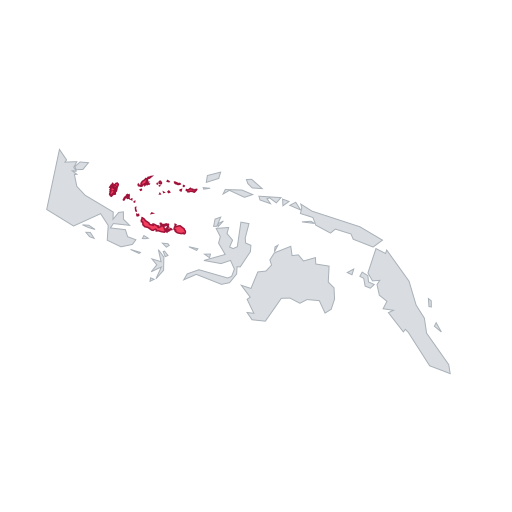 where Maluku sits in Indonesia, rotated 192°
{"feature_id": "IDN-554", "entity_name": "Maluku", "entity_type": "Province", "adm_level": 1, "iso_a3": "IDN", "parent_name": "Indonesia", "parent_adm1": "", "projection": "mercator", "projection_center": [130.68, -5.566], "detail": "fine", "context": "in_parent", "style": "filled", "palette": "rose", "viewbox_px": 512, "rotation_deg": 192, "n_neighbors": 0, "source": "natural_earth", "source_scale": "10m", "svg_char_len": 9888}
<svg xmlns="http://www.w3.org/2000/svg" viewBox="0 0 512 512"><g transform="rotate(192 256 256)"><path d="M176.6,214.5L184.8,225.5L197.0,224.0L203.3,218.9L214.0,221.9L222.4,219.9L233.3,194.2L246.6,192.8L253.0,198.9L246.2,199.5L255.7,211.8L253.1,214.5L264.3,224.3L254.2,223.2L250.9,240.8L243.2,243.3L238.9,250.3L241.6,255.1L238.7,262.9L224.0,272.7L220.8,263.9L214.8,265.9L208.5,261.0L197.5,266.8L195.9,260.6L182.4,261.3L179.9,245.5L173.1,241.1L170.2,230.2L171.4,219.5L176.6,214.5ZM41.6,181.3L63.3,184.7L91.2,213.0L94.6,215.3L96.1,212.4L114.7,228.1L110.2,231.5L120.7,230.8L118.5,238.9L127.2,243.3L131.7,253.2L129.9,257.9L136.9,255.9L143.0,262.7L140.2,288.2L129.8,285.4L129.4,289.0L101.1,263.2L89.2,241.3L78.4,230.2L73.1,216.0L44.9,189.8L41.6,181.3ZM470.4,258.0L470.4,319.4L461.3,310.6L462.4,308.1L450.9,311.0L452.7,304.9L449.5,301.7L450.6,301.2L452.5,301.5L453.6,301.1L448.2,298.7L450.6,298.0L445.7,286.8L435.8,279.9L404.8,269.3L403.5,262.2L399.4,270.1L394.9,271.6L393.3,264.4L386.0,259.7L402.2,258.1L404.3,253.2L389.2,254.6L385.6,248.2L376.9,246.9L379.3,241.6L390.0,236.9L404.8,240.5L406.9,255.2L416.8,265.1L440.7,247.4L470.4,258.0ZM319.6,224.2L309.0,230.7L279.2,228.6L275.6,231.0L274.4,238.7L280.0,246.4L288.6,241.3L306.0,240.8L286.5,251.1L295.3,260.8L294.9,267.5L300.7,274.7L288.7,278.2L289.0,271.9L282.2,266.6L283.7,259.3L279.9,258.5L276.2,261.2L277.8,286.0L269.6,286.2L270.3,271.4L268.8,266.5L263.2,265.4L262.4,259.0L269.2,242.0L272.3,241.6L271.2,234.4L276.3,224.4L283.9,221.1L310.6,225.6L321.7,217.7L319.6,224.2ZM143.3,289.1L164.4,292.6L167.7,297.3L184.0,298.8L187.9,293.9L203.9,298.6L208.3,305.5L221.4,306.8L221.2,312.6L223.0,316.1L210.5,311.5L160.5,306.2L135.6,297.8L143.3,289.1ZM346.3,225.6L355.2,218.8L351.2,226.7L357.2,231.5L347.7,230.7L352.8,241.9L345.9,235.8L343.4,222.8L349.1,212.9L346.3,225.6ZM350.6,260.4L372.9,262.9L375.1,269.7L366.1,264.7L353.6,265.9L350.0,263.1L347.9,266.3L350.6,260.4ZM299.9,314.6L283.5,317.6L272.0,315.4L279.5,311.0L295.6,314.7L301.1,309.8L299.9,314.6ZM252.7,310.2L263.7,311.6L265.6,315.1L243.7,318.3L247.2,312.2L254.8,315.7L257.2,314.4L252.7,310.2ZM319.9,317.7L320.3,324.6L308.0,330.7L308.6,324.1L319.9,317.7ZM143.0,249.2L146.0,256.6L150.2,257.7L148.8,262.3L142.5,260.0L140.5,254.0L134.4,252.7L137.5,248.3L143.0,249.2ZM447.6,311.4L439.3,312.4L443.3,304.7L449.7,303.0L451.8,305.9L447.6,311.4ZM273.9,321.8L279.0,325.1L281.3,328.8L276.2,330.1L264.0,323.2L273.9,321.8ZM338.1,262.5L341.6,267.6L336.5,269.4L330.6,265.6L330.9,262.7L338.1,262.5ZM221.9,310.3L233.5,312.6L228.3,316.8L221.9,310.3ZM240.1,310.7L241.8,317.2L235.0,316.2L240.1,310.7ZM163.3,258.8L157.7,263.6L158.2,257.6L163.3,258.8ZM410.4,284.5L411.7,292.7L409.2,293.0L407.0,287.1L410.4,284.5ZM218.2,298.9L209.4,301.4L205.6,300.0L218.2,298.9ZM303.6,276.2L303.7,283.6L298.6,286.7L300.5,276.9L303.6,276.2ZM58.9,220.2L66.9,224.4L65.9,228.2L58.9,220.2ZM78.5,250.2L75.3,248.6L73.9,242.6L76.3,242.5L78.5,250.2ZM380.0,308.8L378.2,305.8L382.9,300.4L382.8,305.2L380.0,308.8ZM370.9,234.2L380.1,236.3L369.8,235.5L370.9,234.2ZM315.2,249.1L323.6,251.1L314.4,251.0L315.2,249.1ZM299.7,279.8L295.2,283.5L299.1,276.9L299.7,279.8ZM418.0,239.6L422.8,240.3L427.3,243.8L423.0,244.6L418.0,239.6ZM337.5,305.6L334.5,308.3L328.1,308.6L329.8,305.6L337.5,305.6ZM410.1,294.1L408.1,297.9L405.9,297.7L406.1,291.7L410.1,294.1ZM350.2,249.1L344.7,249.7L343.1,248.4L345.5,246.0L350.2,249.1ZM418.9,248.5L425.7,249.0L432.2,250.4L425.9,251.3L418.9,248.5ZM301.1,244.6L306.7,247.1L300.9,248.4L301.1,244.6ZM354.6,212.7L350.8,212.0L354.4,209.2L354.6,212.7ZM314.9,312.7L321.1,310.5L321.9,311.9L314.9,312.7ZM370.8,249.4L369.9,252.7L365.1,251.0L367.5,250.0L370.8,249.4ZM239.3,268.8L236.8,271.1L238.8,264.0L239.3,268.8ZM344.7,236.5L347.7,241.1L346.5,241.8L342.2,238.2L344.7,236.5Z" fill="#d9dde1" stroke="#a8b0b8" stroke-width="1"/><path d="M375.7,267.1L375.3,268.2L375.4,269.8L375.2,269.8L373.3,269.1L371.5,267.6L367.6,266.1L367.2,265.3L366.5,264.8L362.9,264.5L362.9,264.8L363.4,265.8L362.7,266.0L359.0,264.9L357.8,265.0L357.6,264.7L358.0,264.0L357.0,263.6L355.3,264.9L355.1,265.7L353.3,266.0L352.5,265.5L351.3,263.7L350.5,263.5L350.7,262.7L350.3,262.3L349.6,262.9L349.3,264.6L348.6,265.3L348.1,266.9L347.8,266.6L348.1,264.7L347.3,263.3L348.9,262.4L349.8,262.3L349.6,261.9L349.9,261.5L349.4,261.4L349.9,261.1L350.4,260.3L353.6,260.1L356.9,260.4L358.7,259.8L358.8,260.7L359.1,261.2L359.8,261.3L359.8,261.0L360.2,261.1L361.5,260.3L361.9,259.7L363.2,259.6L365.3,260.4L365.8,260.9L366.2,260.8L367.2,261.4L371.2,261.6L372.1,262.5L373.0,262.9L373.8,265.5L375.2,265.7L375.1,266.2L375.7,267.1ZM341.8,265.2L341.7,267.4L341.3,267.9L340.6,267.8L338.5,269.1L336.6,269.8L331.9,267.6L331.4,266.6L330.5,265.9L330.1,265.1L330.0,264.0L330.2,263.3L330.9,262.7L331.9,263.4L332.5,262.8L334.0,262.3L337.9,262.4L338.4,262.8L338.7,262.7L340.3,263.6L340.5,264.2L339.9,264.1L339.9,264.7L340.5,265.1L340.8,264.8L341.8,265.2ZM412.1,291.4L411.6,292.9L410.7,293.4L408.2,292.0L407.6,291.0L407.8,290.4L408.5,290.2L407.9,290.0L408.0,289.6L407.7,289.2L408.6,287.9L408.1,288.0L408.0,287.7L407.4,287.6L406.9,287.2L407.5,286.9L408.3,287.2L409.3,285.5L409.5,285.7L409.8,285.6L409.8,284.5L410.9,284.7L411.6,285.5L411.3,285.6L411.4,285.9L411.0,286.0L411.7,286.2L412.1,286.8L411.6,288.3L412.0,288.4L412.2,288.8L411.6,289.1L411.9,289.6L411.2,289.3L410.7,289.4L411.2,289.4L412.3,290.7L411.5,291.7L412.1,291.4ZM383.9,301.2L382.9,301.7L383.1,302.9L383.6,303.3L383.1,303.9L382.8,305.2L380.6,307.3L379.9,308.9L379.6,308.9L379.8,308.3L379.6,308.2L379.1,308.8L378.0,308.8L378.1,308.1L377.8,307.3L378.4,306.9L378.2,306.7L378.4,306.3L378.0,306.0L378.2,305.8L379.3,306.0L378.6,305.5L379.2,303.9L379.9,303.3L380.2,303.4L380.6,302.6L381.2,302.5L381.5,301.5L382.0,301.4L381.9,300.9L382.2,300.6L383.0,300.4L383.0,300.9L383.5,300.6L383.9,301.2ZM337.7,305.6L337.8,306.5L336.7,306.4L335.3,307.1L334.4,308.5L334.0,308.1L331.8,308.0L331.3,307.7L330.5,307.7L329.3,307.9L328.3,308.8L327.9,308.8L328.3,307.4L328.8,307.0L329.0,306.4L329.7,305.6L331.9,306.1L332.5,305.8L333.1,305.9L334.6,305.0L335.9,304.6L336.1,305.1L336.8,305.6L337.7,305.6ZM409.6,295.3L409.9,295.4L409.7,295.9L409.5,296.1L408.8,296.1L409.1,296.3L407.9,298.0L406.8,298.5L406.4,298.0L405.7,297.7L405.5,297.1L406.1,294.2L407.0,294.7L406.8,294.1L406.3,294.1L406.2,293.8L406.0,291.6L406.3,291.5L407.8,292.7L407.7,293.1L408.1,293.6L409.3,294.1L409.6,294.7L409.6,295.3ZM351.9,266.5L351.9,267.6L351.1,267.4L351.4,268.0L351.0,268.5L349.7,268.9L350.9,267.8L350.7,267.7L348.7,268.9L348.2,268.8L348.0,268.3L348.6,267.5L349.2,267.2L350.3,267.2L351.5,266.4L351.9,266.5ZM365.8,307.1L366.2,308.1L365.4,309.3L364.7,309.1L363.6,307.8L363.7,307.2L364.1,306.8L365.8,307.1ZM397.4,283.4L396.7,286.1L395.4,287.3L395.3,288.6L394.2,289.9L395.0,287.8L395.0,287.0L395.3,286.5L395.7,286.6L396.7,283.4L397.0,283.2L397.4,283.4ZM393.8,287.9L393.6,289.2L393.2,289.4L393.0,288.9L392.8,289.2L392.5,288.4L392.7,287.6L392.1,286.1L392.5,286.3L392.8,286.1L392.8,286.6L393.2,286.7L393.8,287.9ZM408.4,292.3L409.0,292.5L408.2,293.0L406.9,291.7L406.6,291.7L406.8,291.1L406.4,291.4L406.2,290.2L406.5,289.9L406.5,290.3L407.1,290.1L407.3,290.6L407.6,290.5L407.2,291.1L408.4,292.3ZM349.6,310.0L350.0,310.3L349.0,311.2L347.3,310.7L346.6,309.9L347.2,309.7L349.0,310.1L349.6,310.0ZM410.7,293.9L410.2,294.3L410.1,294.9L409.4,293.9L409.0,293.9L408.3,293.3L409.2,292.6L410.7,293.9ZM377.7,310.2L378.6,310.0L377.5,310.7L375.9,311.2L375.8,311.7L374.7,312.1L375.6,311.0L376.1,310.8L376.2,310.0L376.7,310.1L377.3,309.6L377.7,310.2ZM386.1,301.1L386.0,301.7L385.1,300.9L383.8,300.7L384.0,300.4L385.5,300.3L386.1,301.1ZM355.1,300.6L355.2,300.9L354.8,301.4L353.7,300.5L354.6,299.9L355.3,300.4L355.1,300.6ZM353.7,266.7L354.1,267.2L352.5,267.7L352.8,266.6L353.7,266.7ZM343.8,304.3L343.9,304.9L342.8,305.5L342.9,304.1L343.8,304.3ZM355.5,266.6L355.6,267.4L355.1,267.0L354.8,267.5L354.0,266.3L355.1,266.7L355.3,266.4L355.5,266.6ZM358.4,310.7L358.2,311.3L357.7,311.0L357.1,311.1L356.6,310.7L357.1,310.5L358.4,310.7ZM378.5,303.1L377.7,304.1L377.4,304.1L377.6,303.8L376.8,303.8L377.1,303.2L378.5,303.1ZM411.7,295.4L411.9,295.8L411.3,297.2L410.9,296.9L410.9,296.6L411.7,295.4ZM346.7,263.2L346.9,263.7L346.7,264.0L345.8,264.0L345.4,263.8L346.0,263.1L346.7,263.2ZM350.8,310.7L351.0,311.4L350.5,311.5L349.6,311.2L349.8,310.8L350.8,310.7ZM341.6,269.4L341.7,270.2L340.8,270.0L341.0,269.3L341.6,269.4ZM412.9,292.6L413.4,292.8L412.8,294.3L412.5,293.7L412.9,292.6ZM348.1,260.9L348.7,261.1L348.3,261.8L347.2,261.9L348.1,261.2L348.1,260.9ZM344.7,264.1L345.4,265.0L344.3,264.8L343.9,264.4L344.7,264.1ZM346.4,310.3L346.6,310.8L345.7,311.1L345.1,310.7L345.8,310.2L346.4,310.3ZM411.4,294.2L411.9,295.0L411.4,295.2L410.9,294.5L411.4,294.2ZM376.9,305.5L378.2,305.2L377.8,305.9L376.6,305.9L376.9,305.5ZM393.9,285.7L393.9,286.8L393.4,286.9L393.3,286.2L393.6,285.4L393.6,285.7L393.9,285.7ZM341.4,309.0L341.5,309.8L340.8,309.7L340.9,309.1L341.4,309.0ZM376.8,304.2L376.8,304.5L375.4,304.3L375.6,303.9L376.8,304.2ZM380.8,270.7L381.1,271.7L380.7,271.5L380.4,270.7L380.8,270.7ZM382.5,296.3L382.8,296.6L382.2,296.8L382.5,297.1L382.1,297.4L381.9,297.2L381.9,296.8L382.5,296.3ZM407.0,287.6L407.1,288.1L406.7,288.3L406.6,287.7L407.0,287.6ZM356.3,267.7L356.4,268.0L355.9,268.2L355.8,267.9L356.3,267.7ZM379.5,271.7L380.6,272.5L379.7,272.1L379.5,271.7ZM382.6,275.1L382.8,275.1L383.3,276.0L383.1,276.1L382.6,275.1ZM379.4,302.1L379.5,302.8L378.9,302.7L379.4,302.1ZM386.2,283.5L386.4,283.6L386.0,284.1L385.9,283.7L386.2,283.5ZM389.3,285.3L389.9,285.5L389.4,285.9L389.3,285.3ZM366.2,276.3L367.1,275.9L366.9,276.4L366.2,276.3ZM363.0,297.1L362.7,296.8L363.1,296.7L363.0,297.1ZM378.9,270.9L379.3,271.2L379.2,271.5L378.9,270.9ZM383.8,277.6L384.0,278.0L383.8,278.3L383.7,277.9L383.8,277.6ZM364.7,304.8L364.3,304.4L364.9,304.6L364.7,304.8ZM367.5,306.0L367.5,306.4L367.4,306.0L367.5,306.0ZM359.6,299.2L359.3,299.1L359.5,299.0L359.6,299.2ZM367.8,306.5L368.3,306.8L367.8,306.6L367.8,306.5Z" fill="#f43f5e" stroke="#9f1239" stroke-width="1.5"/></g></svg>